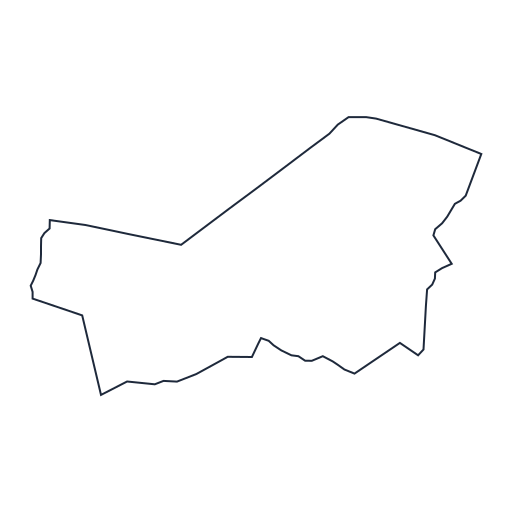 Glória do Goitá, Pernambuco, Brazil (Albers equal-area conic projection)
{"feature_id": "56859067B24226847288398", "entity_name": "Glória do Goitá", "entity_type": "district", "adm_level": 2, "iso_a3": "BRA", "parent_name": "Brazil", "parent_adm1": "Pernambuco", "projection": "albers", "projection_center": [-35.342, -8.009], "detail": "fine", "context": "isolated", "style": "outline", "palette": "slate", "viewbox_px": 512, "rotation_deg": 0, "n_neighbors": 0, "source": "geoboundaries", "source_scale": "gbopen_adm2", "svg_char_len": 988}
<svg xmlns="http://www.w3.org/2000/svg" viewBox="0 0 512 512"><path d="M481.3,154.0L434.9,135.2L376.1,118.6L366.0,117.1L357.5,117.1L348.6,117.1L337.8,124.6L329.4,133.7L310.5,147.7L296.2,158.5L283.1,168.4L255.3,189.3L229.0,208.8L207.2,225.2L181.1,244.8L128.2,234.0L111.2,230.4L85.4,225.0L49.8,220.1L49.6,228.5L44.4,233.1L41.2,238.1L41.0,246.3L41.0,254.3L40.6,263.0L37.4,269.5L35.5,275.1L33.2,280.7L30.7,285.7L32.6,291.9L32.6,298.6L82.2,315.4L101.0,394.9L127.1,381.5L154.8,384.3L163.5,380.9L177.0,381.6L196.4,374.0L219.4,361.4L227.7,356.8L251.9,357.0L258.2,343.7L261.0,338.1L268.7,340.8L273.6,345.3L281.3,350.4L291.4,355.3L298.4,356.2L305.1,360.7L311.8,360.8L322.8,356.2L332.7,361.4L337.5,364.6L344.4,369.5L354.5,373.6L399.9,342.9L418.1,355.3L423.5,349.5L425.9,306.1L427.1,289.4L432.2,284.6L434.9,278.6L435.2,272.4L442.1,268.1L451.7,263.8L433.4,235.4L435.2,229.2L442.1,223.3L447.2,216.7L454.9,203.8L460.6,200.7L465.7,195.7L481.3,154.0Z" fill="none" stroke="#1e293b" stroke-width="2"/></svg>